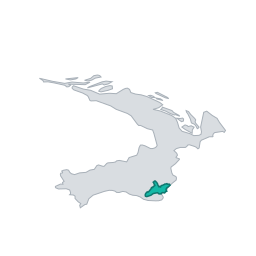 Croatia, with Varaždinska highlighted, rotated 158°
{"feature_id": "HRV-1610", "entity_name": "Varaždinska", "entity_type": "County", "adm_level": 1, "iso_a3": "HRV", "parent_name": "Croatia", "parent_adm1": "", "projection": "natural_earth1", "projection_center": [16.282, 46.204], "detail": "fine", "context": "in_parent", "style": "filled", "palette": "teal", "viewbox_px": 256, "rotation_deg": 158, "n_neighbors": 0, "source": "natural_earth", "source_scale": "10m", "svg_char_len": 5227}
<svg xmlns="http://www.w3.org/2000/svg" viewBox="0 0 256 256"><g transform="rotate(158 128 128)"><path d="M40.4,87.9L41.5,89.4L49.5,91.3L51.2,90.5L52.3,89.2L52.3,88.4L53.0,88.2L55.8,89.4L64.5,89.2L66.2,88.3L69.5,82.9L70.5,82.5L71.2,82.7L71.7,84.3L73.0,85.8L77.3,89.4L78.9,89.8L80.6,88.8L82.2,88.5L86.9,90.4L90.9,90.8L93.9,89.8L92.5,86.9L92.2,85.5L92.4,84.2L94.5,82.9L94.4,82.4L91.9,80.1L92.1,79.6L97.4,77.1L102.6,75.7L103.4,74.6L104.2,69.9L103.9,67.4L101.8,65.1L101.7,63.9L102.2,62.7L103.0,61.6L107.5,60.3L114.0,57.5L116.0,55.0L117.2,54.6L120.9,54.9L121.7,54.3L121.2,50.7L121.8,49.8L123.7,48.7L126.9,49.1L129.6,50.1L136.6,53.3L140.4,56.2L142.5,59.5L145.3,62.1L148.8,63.9L151.6,66.3L153.7,69.4L156.6,71.2L160.4,71.5L162.7,72.6L163.7,74.3L165.7,75.9L168.8,77.3L173.6,78.1L185.5,78.8L190.8,77.1L194.8,72.8L196.5,73.2L202.1,71.9L201.7,74.5L200.1,75.6L201.8,78.2L203.5,82.5L202.6,84.6L203.7,86.3L207.1,88.0L206.1,88.4L205.4,89.8L205.3,92.4L208.0,94.8L215.3,97.5L217.4,99.6L217.5,100.5L217.1,101.1L211.5,101.3L209.4,100.2L209.2,102.0L207.2,102.5L208.4,108.8L208.0,110.6L207.2,111.3L205.7,110.9L205.2,111.5L205.6,112.9L203.6,113.0L200.4,112.3L198.9,111.1L198.6,108.7L197.6,106.8L195.0,104.8L189.7,104.5L183.5,102.6L179.0,103.2L174.7,102.3L171.0,104.8L169.2,104.8L165.4,101.7L164.3,101.5L161.0,103.1L159.7,103.2L154.3,101.5L152.3,101.2L150.8,101.8L148.2,101.2L141.9,97.1L138.0,100.2L130.1,99.5L127.8,101.6L125.1,105.6L122.9,107.5L121.0,106.8L118.8,105.0L114.8,100.5L112.8,99.7L110.6,99.5L108.6,100.0L107.5,100.9L106.0,113.4L105.9,116.9L110.3,120.1L115.4,125.7L117.1,126.3L117.9,128.1L120.5,138.1L123.1,141.7L132.0,149.8L135.8,155.0L147.2,165.2L152.2,167.0L153.0,167.9L153.1,171.9L153.6,173.4L157.0,177.5L163.9,183.6L164.6,185.0L164.9,186.0L164.4,186.8L162.7,187.6L154.8,180.8L148.6,177.0L141.6,170.0L132.3,167.2L126.0,164.2L117.9,165.6L115.3,165.6L113.5,165.1L112.1,163.2L112.1,159.8L108.4,156.7L103.4,153.8L98.6,150.0L89.0,139.8L87.1,136.5L92.0,135.3L97.8,135.9L91.6,131.6L82.8,123.2L80.2,119.1L80.0,114.8L80.6,108.9L79.1,104.7L72.3,99.2L69.9,96.3L64.9,94.6L62.7,94.8L61.3,96.9L60.3,101.7L51.9,114.2L48.7,114.1L45.2,108.1L41.8,103.6L41.1,98.9L38.5,89.2L40.4,87.9ZM189.0,202.3L189.0,203.8L191.5,207.3L180.4,199.5L170.0,193.1L162.7,191.6L152.6,186.5L146.0,184.7L151.4,184.2L166.9,191.0L165.2,189.2L167.4,188.5L169.3,189.0L170.6,191.3L179.3,197.3L184.9,200.8L189.0,202.3ZM67.8,120.9L67.6,122.4L65.7,120.5L64.8,117.1L62.5,111.7L62.2,110.1L63.5,108.6L63.4,107.0L61.8,102.2L63.2,101.4L64.0,101.4L64.3,104.7L65.0,106.6L67.3,109.0L66.8,112.9L67.2,118.4L67.8,120.9ZM77.7,108.7L74.0,109.5L72.2,108.0L71.7,106.8L68.6,106.4L66.4,104.0L69.1,102.1L70.5,99.1L75.6,105.3L77.7,108.7ZM138.0,174.7L133.2,174.8L128.9,174.1L126.9,172.9L127.7,170.2L132.4,170.4L139.5,171.6L141.3,173.0L140.7,173.7L138.0,174.7ZM150.6,180.4L148.4,180.8L134.8,180.5L130.8,179.7L125.5,176.9L129.9,176.3L134.0,176.9L135.3,178.5L150.6,180.4ZM89.1,133.5L88.3,134.5L80.7,127.7L79.9,125.4L76.1,120.8L75.6,119.5L79.0,122.6L80.3,122.8L83.6,125.8L86.8,129.6L90.7,132.9L89.1,133.5ZM133.9,185.4L139.6,186.5L143.7,186.0L147.5,186.6L150.4,188.5L144.0,188.0L140.1,189.3L136.6,188.6L135.3,187.8L134.4,186.8L133.9,185.4ZM89.1,149.5L89.5,150.4L87.4,150.1L80.0,141.6L79.2,140.0L81.9,141.9L89.1,149.5ZM76.0,113.8L79.1,118.8L76.2,117.3L73.6,116.7L73.1,115.5L74.0,113.7L76.0,113.8ZM163.4,194.2L167.6,196.9L155.3,193.4L158.0,193.0L163.4,194.2ZM94.7,147.5L96.7,150.4L94.7,149.8L92.7,148.0L91.6,146.1L94.7,147.5ZM90.4,144.1L90.9,145.4L87.0,142.9L85.3,140.4L90.4,144.1Z" fill="#d9dde1" stroke="#a8b0b8" stroke-width="1"/><path d="M116.7,54.9L116.9,55.0L117.2,54.9L117.5,54.7L117.7,54.4L118.0,54.2L118.4,54.1L118.7,54.2L119.4,54.8L119.8,55.1L120.3,55.2L120.6,55.2L121.7,54.9L122.4,54.9L122.5,54.8L122.5,54.7L123.0,55.0L123.6,55.1L123.8,55.2L124.0,55.4L124.3,55.7L124.4,55.9L124.4,56.1L124.5,56.4L124.7,56.7L124.8,56.9L124.9,57.0L128.7,57.7L129.6,57.7L131.7,57.1L132.0,57.1L132.3,57.1L135.8,57.3L136.6,57.5L137.0,57.9L137.3,58.1L137.4,58.4L137.4,58.5L137.3,58.9L137.1,59.3L136.9,59.8L136.7,60.1L136.2,60.5L135.1,61.2L134.5,61.4L134.1,61.6L133.9,61.2L133.7,61.1L133.2,61.1L132.1,61.5L129.2,63.1L129.0,63.5L128.9,63.6L128.7,63.8L128.3,63.9L127.5,64.1L127.4,64.1L127.2,63.9L127.2,63.7L125.9,64.4L125.7,64.5L125.2,64.4L124.6,64.6L124.5,64.8L124.5,65.0L124.7,65.8L124.8,66.3L124.7,67.6L124.9,68.3L124.0,68.5L123.5,68.8L123.1,68.8L122.9,68.8L122.8,68.7L122.6,68.6L122.5,68.4L122.4,68.3L122.3,67.8L122.2,67.6L121.8,66.9L121.5,64.9L121.6,64.6L121.6,64.3L121.7,63.8L121.7,63.6L121.7,63.4L121.5,63.0L121.3,62.8L121.3,62.5L121.5,62.1L121.4,61.9L121.0,61.9L120.7,61.9L120.6,61.7L120.4,61.5L120.3,61.3L120.1,61.1L119.9,61.1L119.7,61.2L119.6,61.4L119.3,61.7L119.2,61.9L119.0,62.0L118.8,62.1L118.2,62.1L117.8,61.9L117.5,61.9L117.3,61.9L116.9,62.0L116.4,62.0L116.0,62.0L115.8,62.0L115.6,62.0L115.2,62.2L114.9,62.2L114.6,62.1L113.8,61.9L113.5,61.8L113.1,61.9L112.8,61.8L112.7,61.8L112.6,61.6L112.5,61.4L112.5,61.2L112.3,61.0L112.1,60.9L110.8,60.5L110.6,60.3L110.5,60.1L110.5,59.8L110.4,59.5L110.4,59.3L110.5,59.3L111.6,58.8L112.5,58.4L113.5,58.2L113.8,58.1L114.0,58.1L114.6,57.8L115.2,57.4L115.5,57.1L115.8,56.5L115.8,56.0L115.8,55.5L115.8,54.8L116.7,54.9Z" fill="#14b8a6" stroke="#0f766e" stroke-width="1.5"/></g></svg>